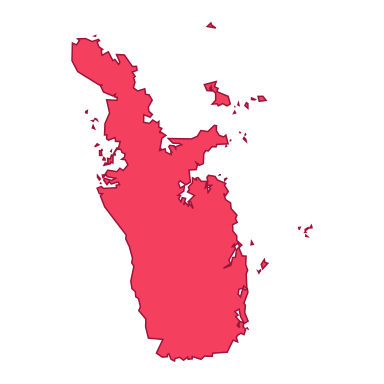 outline of Thames-Coromandel District, Waikato, New Zealand
{"feature_id": "76426892B50034078290765", "entity_name": "Thames-Coromandel District", "entity_type": "district", "adm_level": 2, "iso_a3": "NZL", "parent_name": "New Zealand", "parent_adm1": "Waikato", "projection": "orthographic", "projection_center": [175.656, -36.86], "detail": "fine", "context": "isolated", "style": "filled", "palette": "rose", "viewbox_px": 384, "rotation_deg": 0, "n_neighbors": 0, "source": "geoboundaries", "source_scale": "gbopen_adm2", "svg_char_len": 6052}
<svg xmlns="http://www.w3.org/2000/svg" viewBox="0 0 384 384"><path d="M244.0,334.7L245.6,329.7L243.1,326.6L243.7,322.6L240.2,321.5L238.8,324.6L239.6,326.5L239.2,327.2L237.1,325.5L239.6,321.0L235.7,316.7L238.1,315.1L234.9,311.6L239.1,309.1L240.6,316.8L244.4,323.5L248.1,321.1L244.7,312.7L245.4,305.3L243.9,303.4L247.9,292.4L247.4,288.9L245.2,290.1L243.7,288.6L242.4,290.0L240.5,297.0L238.1,294.2L238.9,289.3L243.3,288.0L243.7,285.9L246.9,289.0L246.2,273.9L247.7,270.4L245.7,264.5L246.1,256.1L242.2,255.9L238.7,247.3L236.4,250.2L235.5,257.3L232.7,257.5L230.9,265.4L223.4,268.2L230.5,263.7L228.9,260.0L235.5,248.7L234.5,246.2L237.5,243.1L240.0,246.8L241.8,245.1L236.8,240.4L236.7,235.8L232.9,231.2L232.6,224.7L237.3,222.4L235.5,218.9L236.9,215.1L231.1,208.6L230.6,202.9L225.5,199.6L223.7,193.4L225.7,195.5L228.3,191.5L224.5,185.4L225.8,183.4L217.4,180.0L215.0,176.4L208.5,175.3L206.9,177.4L207.8,181.9L206.9,185.2L211.5,185.3L209.0,187.4L210.5,188.9L208.1,192.4L207.4,186.4L205.2,187.9L206.8,181.4L201.1,181.3L198.1,177.6L196.1,178.1L196.4,180.0L192.5,177.8L192.4,183.0L188.4,187.1L189.3,189.7L187.5,191.9L194.5,195.4L188.3,201.6L190.7,201.7L193.2,208.5L189.5,203.8L187.8,206.8L189.2,203.6L189.2,203.0L188.9,202.7L187.6,205.0L185.3,202.4L183.6,205.1L185.6,198.4L182.2,197.6L181.0,201.8L178.7,198.6L180.5,195.6L178.0,195.2L183.8,191.1L184.4,185.6L180.2,188.1L178.4,183.1L180.0,180.8L185.9,184.8L190.4,182.2L189.0,170.0L196.2,169.6L197.7,163.8L196.9,163.8L196.2,162.6L198.4,163.9L199.1,165.4L203.3,163.6L203.8,153.7L205.7,150.6L208.3,151.0L211.9,146.7L216.0,146.9L216.9,144.4L228.1,143.8L225.9,135.1L223.7,136.9L219.2,135.4L216.3,130.6L216.5,125.7L214.4,125.3L207.8,131.6L200.9,130.5L197.3,136.3L191.3,138.9L168.3,138.5L172.9,143.1L179.5,143.5L181.6,144.8L175.8,146.6L175.7,148.7L174.2,145.9L169.7,145.4L168.8,146.8L172.3,153.0L170.9,152.0L171.1,154.6L165.7,152.1L165.1,148.8L159.6,150.6L161.9,138.2L165.9,135.4L160.2,131.6L159.9,132.6L159.5,132.1L161.8,128.4L158.8,127.1L158.9,121.4L157.1,122.8L152.7,120.0L149.5,123.4L143.6,122.3L143.8,114.7L150.1,117.2L152.4,114.4L148.9,111.3L148.3,107.1L152.2,100.2L149.1,94.8L145.5,94.3L144.8,88.8L137.6,91.0L133.4,87.7L135.0,82.3L133.6,77.6L135.2,76.5L132.2,72.0L137.0,70.4L136.5,66.3L132.4,66.5L124.3,54.9L116.5,54.5L119.9,62.3L118.6,64.4L114.9,59.4L112.9,60.7L108.3,51.8L102.0,55.3L101.2,50.2L102.6,49.4L98.8,46.7L97.2,41.9L99.5,40.7L98.5,39.4L92.1,41.5L85.6,38.6L77.7,38.8L79.4,40.6L76.5,44.9L72.4,43.0L72.0,60.7L77.7,71.6L99.3,85.0L102.7,84.9L100.3,85.3L103.5,92.0L112.8,95.9L115.3,94.2L114.4,96.8L117.3,97.5L116.9,100.3L106.6,99.8L109.6,113.0L105.0,123.5L104.5,135.0L106.9,134.9L106.6,138.8L108.4,140.2L115.0,137.6L115.5,141.4L120.2,141.6L118.5,147.9L116.8,148.0L112.8,155.1L115.3,154.9L114.6,152.1L117.1,149.2L120.9,149.4L122.0,152.5L124.8,153.5L124.7,156.9L121.7,159.3L125.2,159.7L127.9,164.9L123.2,170.5L119.9,168.2L117.0,171.6L107.8,170.2L104.8,174.7L102.3,175.1L102.8,177.4L106.3,174.7L107.1,176.7L115.6,178.3L111.7,180.4L104.2,178.2L103.8,180.2L107.0,184.7L109.2,181.6L111.3,184.0L118.1,181.9L119.6,184.7L116.2,185.2L116.4,187.8L103.5,188.4L101.3,186.5L97.1,188.2L99.4,193.7L102.5,193.7L100.4,195.9L104.7,206.9L126.2,235.0L125.7,238.9L129.2,246.2L132.5,258.2L131.7,262.8L133.9,266.3L130.8,281.1L132.0,288.7L135.3,291.7L135.7,296.7L138.5,298.6L140.4,306.6L138.8,310.6L145.9,319.1L145.6,326.8L148.4,338.1L162.9,339.4L156.4,353.1L162.2,357.1L167.4,356.7L167.5,354.5L168.8,353.8L171.1,359.3L174.6,361.0L175.0,358.5L179.7,357.3L183.6,360.2L187.6,357.1L188.1,359.3L192.2,358.8L192.2,356.5L201.0,359.3L204.7,356.1L212.3,356.3L212.7,353.2L227.2,352.2L233.1,340.1L237.6,341.9L236.3,337.3L237.6,335.3L240.8,333.2L244.0,334.7ZM232.2,246.7L234.0,244.2L234.4,246.6L232.2,246.7ZM216.2,81.5L204.3,84.6L207.0,90.6L211.4,90.9L209.6,88.3L211.2,86.2L211.4,89.1L215.6,93.2L215.7,100.1L212.2,104.1L217.1,103.8L218.2,105.8L222.7,103.6L227.0,105.9L230.3,103.9L228.1,96.3L216.7,91.6L218.1,88.4L214.5,86.8L216.2,81.5ZM111.4,155.1L110.2,158.9L107.6,158.3L108.0,163.1L105.0,163.1L104.0,165.3L110.5,163.8L110.8,162.0L112.9,163.0L113.0,156.4L111.4,155.1ZM264.3,259.5L261.2,264.4L262.6,268.9L267.8,263.3L265.0,262.4L264.3,259.5ZM262.9,96.3L258.0,96.4L259.2,101.3L266.1,100.4L262.9,96.3ZM210.9,23.0L207.2,26.5L215.8,28.0L211.7,25.1L210.9,23.0ZM246.4,102.7L244.9,105.6L247.9,108.3L247.9,103.6L246.4,102.7ZM99.5,150.7L99.6,155.4L101.9,155.5L101.2,150.8L99.5,150.7ZM97.2,143.8L94.7,146.8L98.8,144.8L97.2,143.8ZM253.3,244.2L251.5,241.3L251.1,244.8L253.3,244.2ZM105.1,160.1L104.9,158.5L103.8,157.5L102.8,159.8L105.1,160.1ZM97.5,175.4L97.5,177.2L99.4,180.0L100.3,178.8L97.5,175.4ZM312.0,227.7L311.4,225.4L309.7,228.0L312.0,227.7ZM251.6,97.9L251.5,99.5L254.6,99.9L255.3,99.5L251.6,97.9ZM93.1,125.5L92.3,127.9L94.6,128.8L93.1,125.5ZM244.1,137.4L243.3,138.8L246.3,141.6L245.8,139.4L244.1,137.4ZM307.5,236.6L305.9,235.1L305.8,236.3L307.5,236.6ZM308.7,227.3L305.2,229.4L305.2,230.6L307.6,229.1L308.7,227.3ZM227.2,177.9L224.6,179.1L224.7,180.5L227.2,177.9ZM96.7,119.2L94.3,118.3L97.2,120.2L96.7,119.2ZM87.3,110.6L85.8,111.5L85.6,112.7L87.0,113.1L87.3,110.6ZM235.6,112.9L234.7,111.3L233.6,113.4L235.6,112.9ZM300.1,227.3L298.7,227.5L298.7,228.7L299.4,229.1L300.1,227.3ZM239.0,105.4L238.5,103.0L237.8,104.8L239.0,105.4ZM102.0,148.9L101.4,150.3L102.1,150.4L102.0,148.9ZM259.4,272.2L258.0,271.3L258.9,273.1L259.4,272.2ZM93.8,120.3L92.1,120.7L93.3,121.3L93.8,120.3ZM260.2,271.1L260.8,269.6L259.5,270.7L260.2,271.1ZM247.7,328.7L247.3,327.9L246.8,328.2L247.7,328.7ZM101.5,183.8L100.5,183.1L100.4,183.4L101.5,183.8ZM226.2,145.5L225.9,146.4L226.6,146.1L226.2,145.5ZM244.7,135.6L245.7,134.3L245.5,134.0L244.7,135.6ZM95.6,35.6L94.6,36.0L95.5,36.2L95.6,35.6ZM230.7,140.6L230.8,139.5L230.3,140.6L230.7,140.6ZM220.9,174.8L219.7,174.7L219.5,175.0L220.9,174.8ZM240.8,133.0L239.9,132.3L239.8,132.6L240.8,133.0ZM111.2,151.6L111.3,150.6L110.7,151.3L111.2,151.6ZM305.9,232.2L305.5,231.7L305.0,232.3L305.9,232.2ZM234.3,106.7L234.9,106.7L235.3,106.4L234.3,106.7ZM161.5,149.7L161.2,149.1L160.6,150.0L161.5,149.7Z" fill="#f43f5e" stroke="#9f1239" stroke-width="1.5"/></svg>